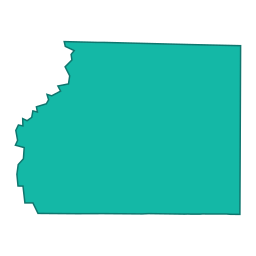 Ashley, Arkansas, United States of America
{"feature_id": "52423323B23715920537836", "entity_name": "Ashley", "entity_type": "district", "adm_level": 2, "iso_a3": "USA", "parent_name": "United States of America", "parent_adm1": "Arkansas", "projection": "equal_earth", "projection_center": [-91.919, 33.202], "detail": "fine", "context": "isolated", "style": "filled", "palette": "teal", "viewbox_px": 256, "rotation_deg": 0, "n_neighbors": 0, "source": "geoboundaries", "source_scale": "gbopen_adm2", "svg_char_len": 725}
<svg xmlns="http://www.w3.org/2000/svg" viewBox="0 0 256 256"><path d="M38.0,213.4L76.9,213.7L77.5,213.7L102.4,213.6L142.2,213.9L148.7,213.6L184.5,214.1L184.8,214.1L187.8,214.0L190.6,214.1L200.3,214.1L202.8,213.9L207.1,214.0L226.8,214.0L230.4,214.3L239.9,214.4L240.6,45.7L191.4,44.6L103.2,42.4L97.1,42.4L64.2,41.6L65.3,46.4L74.2,50.6L71.1,54.4L71.9,60.0L65.1,66.8L69.7,75.8L68.5,83.9L57.9,86.0L60.6,91.1L51.7,95.8L47.0,94.4L48.6,99.8L46.3,103.8L36.4,106.8L37.4,112.0L32.9,110.9L31.7,117.4L27.1,120.7L22.7,118.6L22.9,125.9L18.4,125.0L15.8,130.4L17.6,140.4L15.4,145.2L24.2,147.6L23.4,158.8L18.2,164.6L16.9,174.3L18.0,186.0L23.0,186.1L24.9,202.9L32.9,202.9L38.0,213.4Z" fill="#14b8a6" stroke="#0f766e" stroke-width="1.5"/></svg>